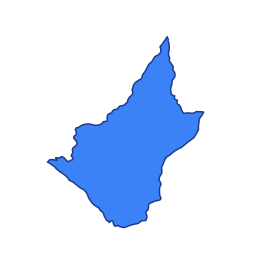 the district of Upper Jloh, Grand Kru, Liberia, rotated 15°
{"feature_id": "62588387B65725534392235", "entity_name": "Upper Jloh", "entity_type": "district", "adm_level": 2, "iso_a3": "LBR", "parent_name": "Liberia", "parent_adm1": "Grand Kru", "projection": "albers", "projection_center": [-8.476, 4.828], "detail": "fine", "context": "isolated", "style": "filled", "palette": "blue", "viewbox_px": 256, "rotation_deg": 15, "n_neighbors": 0, "source": "geoboundaries", "source_scale": "gbopen_adm2", "svg_char_len": 3520}
<svg xmlns="http://www.w3.org/2000/svg" viewBox="0 0 256 256"><g transform="rotate(15 128 128)"><path d="M142.2,29.9L141.7,30.8L141.2,33.0L140.2,35.7L139.5,37.8L138.9,39.2L138.1,40.4L138.0,41.5L138.7,42.3L139.4,43.8L139.9,45.7L139.9,46.5L139.1,48.2L137.8,50.1L135.6,51.9L134.9,53.7L134.5,55.1L134.5,56.4L133.4,58.1L131.6,61.2L131.2,63.1L130.4,66.3L130.0,68.9L129.2,70.4L128.5,72.7L128.2,74.1L128.5,75.7L128.2,76.9L125.6,79.4L123.2,82.3L122.7,83.6L122.2,85.6L122.2,88.7L122.0,89.9L123.4,92.2L123.7,94.1L122.7,95.9L121.4,97.9L120.6,100.4L120.7,103.2L119.9,104.2L118.3,106.9L116.7,107.9L114.6,108.9L113.8,110.0L113.2,111.2L112.5,112.7L110.8,113.5L109.7,114.1L108.8,115.3L108.3,117.1L107.7,118.2L106.6,118.6L105.1,120.2L104.9,122.4L105.5,124.3L106.0,125.9L106.1,126.4L105.3,127.3L103.3,127.8L102.2,128.8L101.6,130.6L99.4,132.4L97.5,133.3L95.2,134.0L92.1,134.0L88.8,134.3L86.9,135.0L84.7,135.9L83.0,137.1L81.8,138.2L79.6,140.5L78.2,141.0L77.4,142.9L78.1,143.9L79.1,145.4L79.7,147.1L79.1,148.6L78.0,150.0L78.1,151.6L80.6,153.5L82.3,154.8L82.8,156.2L82.4,158.4L80.7,160.3L79.9,161.9L79.9,163.5L80.8,165.3L81.0,166.3L80.5,168.2L80.5,169.7L82.1,170.9L82.8,172.0L82.2,173.3L80.8,174.2L79.1,176.1L76.4,175.0L74.2,173.5L72.6,172.9L71.2,172.9L70.1,174.0L69.0,175.0L67.1,175.1L65.9,175.5L66.2,176.3L67.3,176.8L67.5,177.8L66.8,177.9L65.9,177.9L64.2,177.8L62.8,178.3L61.1,178.6L60.3,179.4L59.8,180.3L59.1,181.7L59.5,181.8L62.5,182.7L66.8,184.3L68.2,184.9L68.6,185.6L71.4,186.9L73.3,187.8L75.7,188.4L77.1,189.1L78.9,189.7L81.1,190.8L82.7,191.7L83.1,192.0L83.7,192.7L84.7,193.6L85.4,193.8L86.9,194.0L87.2,194.0L87.5,194.2L87.9,194.2L89.8,194.8L90.8,195.3L97.1,198.1L101.1,199.0L103.5,200.4L105.7,202.3L107.5,205.0L109.1,206.7L111.0,208.4L113.7,210.3L115.4,211.2L118.0,212.1L120.6,212.8L122.1,214.4L123.5,215.3L125.6,216.0L126.7,217.4L127.9,219.3L129.6,221.0L130.9,222.5L132.5,223.1L134.3,223.5L134.3,223.9L134.8,223.6L135.7,222.0L137.1,221.8L138.0,222.7L138.6,224.1L139.3,225.1L140.5,226.0L141.1,226.1L142.7,225.4L143.6,224.7L145.5,225.4L148.2,225.4L150.3,225.1L152.2,223.8L153.8,222.5L156.1,220.9L158.7,219.4L161.7,218.0L163.4,216.5L164.4,214.9L165.4,214.0L167.9,213.3L169.2,212.5L169.5,209.9L169.0,208.1L168.4,206.8L167.4,206.0L167.2,204.4L167.5,203.2L168.5,201.8L168.4,200.0L167.9,197.6L168.0,195.5L169.2,194.6L170.4,193.8L171.6,192.6L173.9,191.1L176.3,189.9L177.9,188.7L178.0,187.3L176.2,185.0L175.3,182.6L174.6,180.2L173.9,177.0L174.5,174.4L173.8,172.5L171.8,170.7L171.1,168.6L171.3,167.7L171.3,166.0L172.3,163.3L171.9,160.8L171.1,158.9L170.6,156.7L171.3,153.6L171.3,152.1L172.1,147.5L172.5,147.1L172.1,146.9L175.4,143.2L178.1,139.4L180.5,136.6L184.8,132.7L188.9,126.9L191.7,123.4L192.2,122.8L194.2,120.1L195.9,114.2L196.5,111.2L195.5,107.9L195.0,103.9L194.6,100.9L195.2,98.9L196.2,96.6L196.9,93.2L196.5,93.1L194.9,93.3L193.8,93.5L193.4,93.6L192.0,94.0L189.7,94.5L188.3,96.0L186.9,96.9L185.5,97.3L184.1,97.5L182.0,97.9L179.5,98.9L178.0,99.4L176.8,98.5L174.9,96.6L173.6,94.3L172.8,93.8L171.7,92.5L169.8,92.1L168.8,91.3L168.6,89.6L168.5,88.5L166.8,88.2L165.1,87.6L164.9,86.7L164.9,85.0L163.6,85.1L162.4,84.6L161.0,84.1L160.0,81.7L159.2,80.0L158.9,78.1L159.0,75.5L158.9,73.6L158.6,72.0L158.3,70.1L158.8,69.6L159.8,67.3L159.9,65.5L159.4,63.8L158.8,62.4L157.8,61.4L156.2,60.1L155.7,59.3L156.1,58.5L155.9,57.2L154.9,56.2L153.1,54.7L150.7,52.6L150.3,51.5L150.1,49.6L149.2,48.2L148.4,47.1L147.6,44.7L147.6,42.5L147.0,39.6L146.2,37.1L145.5,35.5L144.2,33.4L143.6,31.3L142.2,29.9Z" fill="#3b82f6" stroke="#1e3a8a" stroke-width="1.5"/></g></svg>